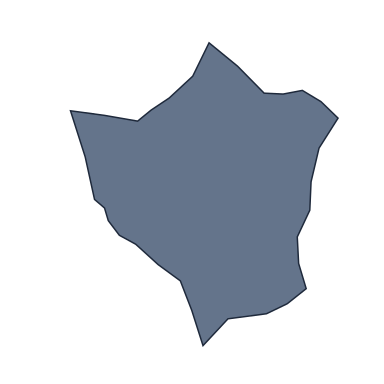 SVG path tracing the border of San José de Ocoa, rotated 9°
{"feature_id": "DOM-1978", "entity_name": "San José de Ocoa", "entity_type": "Province", "adm_level": 1, "iso_a3": "DOM", "parent_name": "Dominican Republic", "parent_adm1": "", "projection": "orthographic", "projection_center": [-70.501, 18.601], "detail": "fine", "context": "isolated", "style": "filled", "palette": "slate", "viewbox_px": 384, "rotation_deg": 9, "n_neighbors": 0, "source": "natural_earth", "source_scale": "10m", "svg_char_len": 552}
<svg xmlns="http://www.w3.org/2000/svg" viewBox="0 0 384 384"><g transform="rotate(9 192 192)"><path d="M185.5,42.0L217.3,60.6L247.8,83.1L266.7,81.0L285.1,74.4L305.3,82.6L324.7,96.2L310.6,128.8L308.0,163.3L311.2,191.6L303.0,219.9L308.5,245.9L319.9,269.6L303.6,287.4L284.6,300.6L247.4,311.6L226.9,342.0L210.2,308.8L194.4,281.6L169.9,269.0L144.6,252.4L127.0,246.1L113.8,233.4L108.1,221.5L96.9,214.6L81.0,174.0L59.3,130.8L93.6,130.0L127.2,130.5L138.8,117.5L154.8,102.7L174.6,77.5L185.5,42.0Z" fill="#64748b" stroke="#1e293b" stroke-width="1.5"/></g></svg>